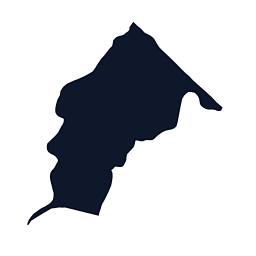 Ocós, San Marcos, Guatemala (Albers equal-area conic projection), rotated 185°
{"feature_id": "79465075B29002473426991", "entity_name": "Ocós", "entity_type": "district", "adm_level": 2, "iso_a3": "GTM", "parent_name": "Guatemala", "parent_adm1": "San Marcos", "projection": "albers", "projection_center": [-92.184, 14.559], "detail": "fine", "context": "isolated", "style": "filled", "palette": "ink", "viewbox_px": 256, "rotation_deg": 185, "n_neighbors": 0, "source": "geoboundaries", "source_scale": "gbopen_adm2", "svg_char_len": 3239}
<svg xmlns="http://www.w3.org/2000/svg" viewBox="0 0 256 256"><g transform="rotate(185 128 128)"><path d="M150.2,38.9L150.1,40.1L150.0,41.1L149.6,42.4L149.4,43.6L148.7,46.1L148.4,48.0L148.2,49.0L147.7,50.6L147.3,51.4L146.1,53.8L142.8,62.3L140.8,68.3L140.3,70.3L139.9,75.2L139.8,78.1L140.2,81.1L140.5,82.2L141.3,83.4L141.8,84.5L141.0,85.7L139.7,86.6L139.1,87.7L138.2,88.8L137.4,89.2L136.2,89.3L135.3,89.2L134.4,89.1L133.5,89.1L131.7,89.3L130.8,89.6L129.9,90.4L129.0,92.2L128.4,93.7L127.9,95.2L127.7,96.2L127.7,97.9L127.7,99.7L127.6,100.6L127.3,101.9L126.9,102.8L125.9,104.0L124.5,105.8L123.2,107.3L121.9,109.0L121.2,110.3L120.7,112.2L120.4,114.0L120.4,115.3L120.1,116.4L119.2,117.1L118.2,117.1L117.0,117.1L115.0,116.7L113.5,116.7L112.6,116.8L111.1,117.4L109.6,118.1L108.2,118.4L106.4,118.5L104.3,118.6L103.4,118.7L102.0,119.5L100.7,120.8L99.6,122.2L98.1,123.8L94.0,127.4L91.8,128.6L90.6,129.3L88.8,129.9L86.4,130.6L84.4,131.2L82.9,132.0L81.4,133.3L80.8,134.1L80.4,135.1L79.9,137.6L78.2,154.6L77.6,159.5L77.3,161.5L76.8,163.0L75.4,165.7L73.2,168.3L71.1,170.0L70.1,170.1L69.2,170.1L67.9,170.1L65.4,169.8L64.4,169.6L63.4,168.9L61.8,167.6L60.6,166.3L59.5,164.6L59.0,163.4L58.3,160.9L57.9,159.5L57.7,158.5L57.1,157.7L56.4,156.9L54.6,155.7L53.7,155.2L52.2,154.6L50.5,154.2L49.1,154.2L47.7,154.3L46.3,154.5L45.0,154.5L43.1,154.4L42.2,154.2L41.3,153.9L40.0,153.6L39.1,153.6L37.6,153.9L36.9,155.0L36.5,156.4L37.2,157.0L38.2,157.7L39.7,158.7L40.8,159.6L42.3,160.6L44.8,162.8L48.2,165.8L54.7,170.8L67.2,180.0L69.1,181.7L71.9,184.3L75.5,186.8L76.4,187.5L79.0,189.6L83.3,193.3L90.1,199.0L94.8,202.8L97.4,204.9L100.9,207.6L102.3,208.7L104.6,210.8L106.0,212.6L107.8,214.9L108.6,216.2L110.1,218.3L110.8,219.0L112.1,220.1L114.2,221.4L118.1,222.9L120.5,224.0L124.1,227.4L128.5,230.3L129.5,231.2L131.6,232.9L131.8,233.1L133.9,229.3L134.5,228.5L134.5,225.7L135.0,224.8L135.7,224.0L136.4,223.2L137.4,222.5L140.0,219.9L142.2,218.9L144.9,218.0L146.8,217.1L148.1,215.8L149.5,213.9L149.7,213.4L149.8,211.1L150.0,209.1L150.6,207.4L152.4,205.5L154.0,203.0L155.1,201.3L157.3,197.9L160.1,194.2L163.8,187.6L164.6,185.8L165.7,183.8L166.9,181.8L168.0,180.3L170.0,179.0L172.0,177.5L176.1,174.9L179.8,172.8L181.8,171.7L184.0,170.7L186.5,169.4L189.3,167.8L192.2,166.2L193.7,164.7L195.6,162.8L196.3,161.5L196.7,160.8L197.8,158.5L197.8,156.6L198.0,154.9L198.3,153.6L199.2,151.8L200.2,149.4L200.8,146.1L201.3,142.5L201.3,139.2L201.0,137.6L199.7,135.6L198.1,134.3L196.0,133.4L194.5,133.0L192.9,132.6L191.9,131.3L191.8,128.5L192.9,125.3L194.2,122.8L195.1,120.7L196.6,117.0L199.2,113.4L206.1,105.5L206.5,104.4L206.5,102.2L206.2,100.0L205.5,98.7L204.7,97.7L204.0,97.3L202.2,96.2L201.0,95.8L199.6,95.3L197.5,94.1L196.0,92.6L194.8,91.3L194.6,90.9L194.2,89.5L194.2,88.3L195.2,86.5L196.1,84.3L197.4,81.4L198.5,79.9L199.6,78.5L200.4,77.0L200.8,75.1L200.8,72.8L200.3,70.2L199.7,68.2L199.3,66.9L198.2,64.0L197.1,60.5L196.4,58.7L196.0,58.0L195.6,56.3L195.5,54.0L195.5,51.9L195.9,49.7L197.1,47.6L198.5,45.9L199.8,44.7L203.5,41.9L206.5,40.2L208.7,38.5L211.2,36.2L213.9,34.0L214.6,33.0L216.3,30.6L218.0,27.7L218.3,27.0L219.4,23.1L219.5,22.9L217.1,27.6L208.9,33.8L197.7,41.8L188.7,43.8L187.3,43.6L183.7,44.1L156.0,39.8L150.2,38.9Z" fill="#0f172a" stroke="#020617" stroke-width="1.5"/></g></svg>